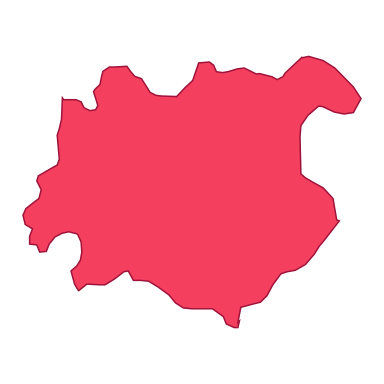 Bonghwa-gun, North Gyeongsang, South Korea
{"feature_id": "91817680B47987210748527", "entity_name": "Bonghwa-gun", "entity_type": "district", "adm_level": 2, "iso_a3": "KOR", "parent_name": "South Korea", "parent_adm1": "North Gyeongsang", "projection": "mercator", "projection_center": [128.885, 36.914], "detail": "fine", "context": "isolated", "style": "filled", "palette": "rose", "viewbox_px": 384, "rotation_deg": 0, "n_neighbors": 0, "source": "geoboundaries", "source_scale": "gbopen_adm2", "svg_char_len": 1625}
<svg xmlns="http://www.w3.org/2000/svg" viewBox="0 0 384 384"><path d="M301.7,57.5L285.1,73.1L282.8,76.8L277.2,79.6L272.1,76.8L259.6,73.6L256.3,74.0L244.2,68.0L237.3,68.9L228.0,71.7L222.4,72.6L216.4,71.7L213.6,65.2L209.4,62.0L198.7,62.9L192.7,80.5L185.2,87.5L176.4,96.8L175.6,96.5L161.0,96.0L155.9,95.3L150.1,92.4L146.5,86.6L141.4,78.6L134.8,76.4L130.5,71.4L126.9,66.3L114.5,67.0L109.4,67.0L102.9,71.4L101.4,77.2L100.0,84.4L94.9,89.5L93.5,91.7L95.6,98.2L97.8,105.5L95.6,109.8L89.8,110.6L84.0,107.7L81.1,101.8L76.0,99.7L63.7,99.7L62.4,97.9L61.5,119.3L59.3,128.7L57.2,135.2L59.3,159.2L57.2,165.0L47.0,170.8L38.3,175.9L36.8,181.0L41.2,189.7L39.0,198.4L33.2,202.8L25.9,208.6L23.0,215.1L25.2,224.5L32.5,228.9L29.6,236.2L29.6,244.1L36.8,244.9L39.7,252.1L46.3,251.4L49.2,244.1L55.0,236.9L62.2,233.2L68.8,231.8L77.5,234.0L81.1,242.0L81.8,252.1L80.4,260.1L76.8,265.9L71.0,271.0L74.6,284.1L77.5,289.1L78.8,290.6L86.9,284.1L99.3,284.8L105.1,284.8L114.5,279.0L123.9,271.7L128.3,271.0L133.4,280.4L140.6,280.4L148.6,281.2L158.1,287.0L169.0,295.0L175.5,302.9L183.5,308.0L192.2,308.8L203.1,308.8L212.5,308.8L223.4,316.7L226.3,324.0L234.3,327.6L237.9,327.6L239.4,321.1L237.9,322.5L240.8,307.3L251.7,304.4L260.4,302.2L267.0,295.7L272.8,284.8L280.8,273.9L287.3,271.7L295.3,270.3L305.4,264.5L314.2,254.3L319.2,246.3L322.9,242.0L339.3,220.9L336.7,219.9L333.0,198.5L323.2,187.9L313.0,182.3L305.1,177.6L300.9,173.9L300.0,136.8L300.9,125.6L307.9,115.4L318.6,106.1L322.7,106.6L334.4,112.1L344.1,114.0L353.4,112.6L361.0,98.6L353.4,87.0L334.8,68.0L323.2,60.6L308.8,56.4L301.8,57.8L301.7,57.5Z" fill="#f43f5e" stroke="#9f1239" stroke-width="1.5"/></svg>